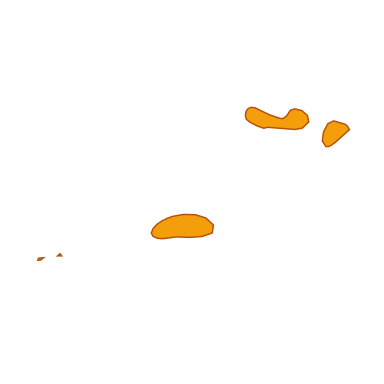 map outline of Batanes (Albers equal-area conic projection), rotated 241°
{"feature_id": "PHL-2543", "entity_name": "Batanes", "entity_type": "Province", "adm_level": 1, "iso_a3": "PHL", "parent_name": "Philippines", "parent_adm1": "", "projection": "albers", "projection_center": [121.912, 20.698], "detail": "fine", "context": "isolated", "style": "filled", "palette": "amber", "viewbox_px": 384, "rotation_deg": 241, "n_neighbors": 0, "source": "natural_earth", "source_scale": "10m", "svg_char_len": 910}
<svg xmlns="http://www.w3.org/2000/svg" viewBox="0 0 384 384"><g transform="rotate(241 192 192)"><path d="M180.0,163.4L176.5,173.7L170.6,183.8L162.5,191.6L152.7,194.7L146.4,189.9L148.2,179.3L153.5,167.8L160.2,156.8L165.4,143.6L168.4,139.2L172.1,136.5L175.9,136.5L179.1,140.6L180.8,146.1L181.3,151.9L181.0,157.8L180.0,163.4ZM229.1,274.8L232.6,275.6L235.7,277.7L237.6,280.8L237.5,284.5L235.3,287.8L222.2,297.0L213.9,304.5L212.0,307.2L212.9,312.4L214.7,315.4L215.8,318.0L214.8,322.3L209.9,327.6L202.9,330.1L196.6,328.0L194.4,319.4L196.7,312.5L212.0,289.4L212.9,285.8L218.2,281.0L224.7,276.7L229.1,274.8ZM166.8,331.2L173.4,330.7L180.8,336.2L185.9,344.0L185.5,350.4L177.0,358.8L174.3,359.8L170.2,359.9L165.9,341.2L165.3,336.0L165.6,333.3L166.8,331.2ZM205.9,26.6L207.1,24.1L208.5,25.7L206.5,30.2L205.9,26.6ZM202.0,46.6L199.4,47.0L201.3,43.5L202.0,46.6Z" fill="#f59e0b" stroke="#b45309" stroke-width="1.5"/></g></svg>